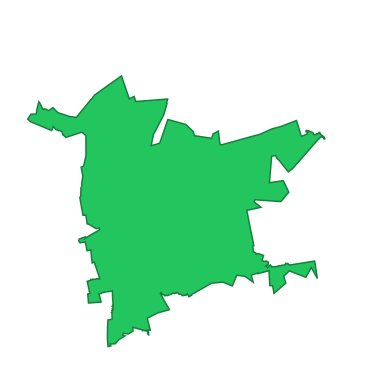 Charcas, San Luis Potosí, Mexico (orthographic projection), rotated 76°
{"feature_id": "50627088B65419773344974", "entity_name": "Charcas", "entity_type": "district", "adm_level": 2, "iso_a3": "MEX", "parent_name": "Mexico", "parent_adm1": "San Luis Potosí", "projection": "orthographic", "projection_center": [-101.043, 23.271], "detail": "fine", "context": "isolated", "style": "filled", "palette": "green", "viewbox_px": 384, "rotation_deg": 76, "n_neighbors": 0, "source": "geoboundaries", "source_scale": "gbopen_adm2", "svg_char_len": 5653}
<svg xmlns="http://www.w3.org/2000/svg" viewBox="0 0 384 384"><g transform="rotate(76 192 192)"><path d="M306.2,91.3L288.7,89.7L286.5,114.6L285.8,115.8L285.0,115.9L284.9,116.2L284.6,116.4L284.6,116.8L284.6,117.3L284.4,117.4L284.3,117.5L284.2,117.7L284.1,117.8L284.0,117.7L283.8,117.9L283.8,118.1L284.1,118.5L284.5,118.8L285.1,119.6L285.3,120.0L285.1,120.7L285.1,120.9L285.0,121.2L285.0,121.6L284.9,122.2L284.8,122.5L284.9,122.8L284.9,123.3L284.9,123.8L284.8,124.3L284.7,124.5L284.7,124.8L284.7,125.8L284.5,126.0L284.6,126.5L284.8,127.0L285.0,127.6L284.8,128.1L284.7,128.4L284.6,129.5L284.5,129.9L284.4,130.7L284.2,131.1L283.9,132.0L283.7,132.2L283.6,132.4L283.9,132.7L283.9,132.8L283.4,132.8L282.8,133.2L282.6,133.3L281.9,133.6L281.6,133.7L281.6,133.9L282.0,134.2L282.2,134.4L282.5,134.7L282.6,134.9L282.6,135.2L282.8,135.4L283.1,136.1L283.2,136.3L283.5,136.7L283.7,137.0L282.1,137.8L281.7,138.3L281.5,137.6L281.2,136.0L280.2,135.4L279.0,135.1L278.5,135.1L278.1,135.2L277.8,135.6L277.2,136.2L277.0,136.6L277.0,137.8L276.1,139.9L275.5,140.7L274.6,140.2L270.9,137.9L267.8,142.6L267.7,144.8L266.9,144.7L265.8,145.7L265.0,146.8L259.1,146.1L259.0,145.0L223.1,143.3L223.5,128.8L216.9,133.9L216.6,133.9L216.4,133.9L214.7,132.9L222.8,108.1L215.6,98.1L203.1,100.7L201.7,114.6L176.7,106.1L176.8,102.0L179.1,101.8L182.4,99.8L195.7,93.7L194.0,89.3L171.9,57.4L169.7,53.4L170.3,52.2L170.6,51.7L171.4,51.3L172.1,51.2L172.6,50.9L172.5,50.2L171.3,50.4L170.2,50.7L169.3,51.5L167.6,53.0L166.4,53.4L165.1,53.7L165.0,54.4L166.0,55.2L165.8,57.1L165.8,57.4L166.1,57.5L165.9,59.9L163.7,60.4L163.4,60.6L163.1,61.1L162.2,62.4L162.2,62.6L160.8,64.0L160.3,65.4L160.1,65.7L160.0,66.1L160.1,66.4L160.3,66.6L161.2,66.8L161.4,66.2L161.9,65.5L162.1,65.3L162.3,65.3L163.1,66.0L163.3,66.2L163.5,66.1L164.5,72.3L163.9,72.5L147.9,73.3L149.8,88.4L150.0,91.7L150.0,93.8L150.1,99.0L152.4,112.1L152.5,114.6L152.5,117.5L152.9,133.3L153.0,136.1L153.4,152.3L152.0,153.3L139.3,151.7L140.7,157.5L144.7,159.9L137.9,176.1L133.6,176.1L124.9,181.8L115.8,197.9L136.8,211.5L137.1,216.0L137.1,220.4L127.0,215.5L110.4,200.8L99.8,194.7L99.1,195.0L95.9,193.1L90.6,224.6L85.2,225.1L85.7,227.1L86.5,230.3L69.9,231.7L62.3,232.3L66.4,243.0L72.5,258.4L74.2,262.8L74.3,263.1L74.6,263.2L76.3,265.6L77.0,265.7L77.3,267.0L91.6,286.2L89.2,292.4L86.2,297.1L82.7,302.8L76.5,306.5L78.3,311.4L77.6,312.5L77.2,313.0L76.6,313.4L76.2,313.7L75.7,315.0L75.6,315.5L76.1,316.1L75.8,316.5L75.1,316.7L74.8,316.8L71.3,317.6L68.6,318.2L67.8,318.5L67.3,318.8L67.6,318.9L67.9,319.1L69.0,319.6L69.6,320.0L72.2,321.4L73.3,322.0L75.2,322.8L76.3,323.1L78.6,324.5L77.5,329.4L81.6,333.8L84.6,331.8L98.4,313.3L94.9,310.9L97.8,309.3L98.4,309.1L99.4,307.2L99.8,307.1L100.1,306.8L100.7,305.0L101.6,304.2L101.8,303.7L105.5,303.4L106.3,302.6L107.6,301.8L108.5,301.3L107.3,284.3L111.6,281.3L130.8,286.0L140.5,290.8L141.1,293.6L149.9,294.0L155.6,296.3L156.1,296.5L156.4,296.8L157.3,297.0L158.1,297.0L158.4,297.2L158.8,297.2L159.3,297.5L160.1,297.9L160.8,298.5L162.6,299.3L163.4,299.1L164.0,299.5L165.1,300.0L165.9,300.2L167.0,300.3L167.6,300.5L169.1,300.9L170.0,302.1L171.5,302.3L188.2,303.4L188.8,300.5L197.2,301.5L197.5,301.4L197.8,301.0L197.8,300.7L198.3,300.2L198.6,299.6L203.9,294.4L204.4,293.5L204.6,290.6L206.3,290.7L209.1,300.7L211.2,307.2L209.8,306.4L210.3,312.7L211.1,313.3L211.6,313.6L213.0,313.5L214.2,313.0L214.6,307.7L219.7,307.8L223.6,308.1L223.8,304.2L233.8,305.7L236.7,306.0L236.4,303.8L238.7,303.7L239.2,303.6L241.0,303.5L241.2,303.4L254.6,302.4L254.4,302.4L254.3,302.5L254.1,302.6L254.0,302.8L253.9,302.9L253.8,303.0L253.9,303.3L253.8,303.5L253.7,303.6L253.6,303.8L253.4,303.8L253.3,304.0L253.2,304.3L253.2,304.5L253.1,304.9L253.2,305.0L253.0,305.4L253.1,305.5L253.0,305.8L253.1,306.0L253.1,306.4L253.2,306.8L253.2,307.1L253.3,307.5L253.1,308.3L252.9,308.4L252.9,308.5L252.9,309.1L252.9,309.4L252.9,309.5L252.7,309.6L252.8,309.7L252.9,309.9L252.9,310.0L252.7,310.3L252.8,310.5L252.7,310.6L252.6,310.8L252.4,311.3L253.1,311.3L253.3,315.3L265.9,315.7L265.7,317.8L274.7,319.3L276.8,306.8L268.2,306.9L268.4,306.1L268.4,304.6L268.3,304.2L267.9,303.6L268.0,302.4L268.2,302.2L268.2,301.8L268.2,301.4L267.9,301.3L268.3,298.2L268.9,293.2L275.2,294.6L282.8,295.9L282.6,296.4L283.6,297.2L284.0,296.5L286.2,297.0L286.2,297.8L286.8,297.9L286.9,297.2L287.9,297.4L287.8,298.4L288.3,298.5L289.2,298.7L289.3,298.6L289.5,299.2L289.8,298.9L296.1,300.3L295.8,304.5L303.9,307.0L314.0,309.6L321.6,310.9L321.7,308.0L319.7,308.0L320.7,303.2L317.4,298.5L315.4,291.8L314.2,293.8L312.4,292.7L314.4,288.4L312.8,282.9L309.0,282.2L313.9,273.3L314.3,273.4L314.2,273.2L314.4,272.7L314.7,272.4L314.8,272.2L315.0,271.9L314.7,271.7L314.9,271.2L316.0,269.6L315.3,269.5L315.3,268.9L316.6,269.1L316.7,268.8L318.9,269.2L320.1,268.9L320.2,268.6L315.4,267.8L315.7,266.9L315.7,266.4L315.8,266.3L315.9,266.0L315.2,265.9L303.6,265.9L301.1,254.7L300.7,242.4L282.8,247.3L282.0,246.3L282.6,246.1L283.3,245.7L283.8,245.7L284.6,245.2L284.9,244.2L285.2,243.9L286.0,243.6L286.0,243.2L286.2,242.7L286.0,242.0L286.2,241.8L286.6,241.0L286.5,240.3L286.3,239.3L286.4,238.6L286.2,238.0L286.2,237.3L286.3,236.9L285.9,236.6L285.7,235.5L285.6,235.4L285.5,234.8L285.5,234.5L285.8,234.2L286.2,233.5L286.1,233.1L286.2,232.5L286.2,232.0L285.9,231.7L286.2,231.1L285.9,230.4L288.0,229.3L288.6,227.0L290.2,226.6L290.7,222.8L289.6,221.3L292.9,220.3L292.6,219.5L292.6,219.1L292.2,218.1L292.2,217.4L291.4,217.2L285.2,195.0L286.9,184.0L292.9,175.5L283.6,168.7L286.6,161.0L294.3,154.5L286.8,154.6L286.6,147.8L287.2,147.9L287.0,136.4L301.7,139.1L302.6,136.4L310.2,137.0L303.1,123.0L295.9,123.4L292.1,116.6L302.3,102.2L294.1,94.5L306.2,91.3Z" fill="#22c55e" stroke="#15803d" stroke-width="1.5"/></g></svg>